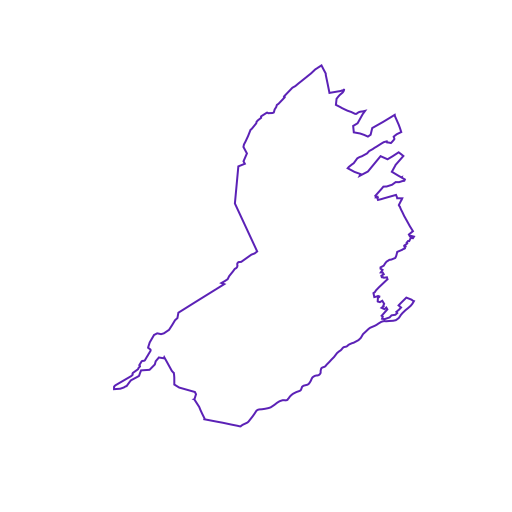 Mētrienas pag., Madona, Latvia, rotated 158°
{"feature_id": "27541924B91196671574766", "entity_name": "Mētrienas pag.", "entity_type": "district", "adm_level": 2, "iso_a3": "LVA", "parent_name": "Latvia", "parent_adm1": "Madona", "projection": "equal_earth", "projection_center": [26.346, 56.675], "detail": "fine", "context": "isolated", "style": "outline", "palette": "violet", "viewbox_px": 512, "rotation_deg": 158, "n_neighbors": 0, "source": "geoboundaries", "source_scale": "gbopen_adm2", "svg_char_len": 6043}
<svg xmlns="http://www.w3.org/2000/svg" viewBox="0 0 512 512"><g transform="rotate(158 256 256)"><path d="M274.6,256.9L276.0,256.2L276.4,255.6L276.8,254.4L276.8,254.0L277.6,252.9L278.8,252.2L280.5,252.0L283.2,250.3L288.4,247.4L291.0,245.1L294.4,244.4L298.2,243.9L296.0,241.8L329.5,236.0L349.2,232.5L352.1,227.9L355.1,226.8L359.6,223.4L364.3,220.1L370.4,218.8L373.3,219.1L376.1,221.0L376.6,221.3L379.8,221.0L380.1,221.0L386.9,215.7L390.3,211.6L390.4,211.3L389.0,209.0L388.9,208.3L389.0,208.1L389.4,207.5L392.9,204.9L393.6,204.3L394.5,203.7L398.0,201.0L398.5,200.8L398.9,200.8L399.5,200.9L400.7,201.3L400.9,201.3L401.6,201.1L405.1,198.5L405.1,198.2L404.8,197.4L404.9,197.1L407.0,196.1L407.7,195.3L407.9,195.2L414.0,193.7L414.3,193.4L414.6,193.1L414.7,192.8L414.8,192.2L415.2,191.9L416.7,191.4L434.7,188.8L435.6,188.5L436.2,188.2L436.6,187.9L437.5,185.7L431.6,183.8L427.8,183.6L425.6,184.0L424.8,183.8L420.3,186.6L418.5,187.6L410.9,188.4L409.3,188.7L407.5,190.8L405.4,193.0L397.5,190.4L397.2,190.4L390.5,193.3L390.4,193.4L388.4,196.0L384.4,198.1L384.1,198.3L379.8,195.7L379.0,196.5L378.3,191.2L377.1,181.1L376.2,178.6L376.0,178.4L376.5,176.4L377.3,173.9L379.9,167.4L379.4,166.8L379.0,166.2L376.5,162.8L363.6,152.8L363.4,150.3L363.5,150.2L366.7,146.3L367.0,146.3L366.9,146.2L365.2,137.3L365.2,134.0L365.0,130.0L364.6,124.8L365.1,124.0L360.3,120.9L354.1,116.9L349.5,114.0L342.1,109.0L336.9,105.6L334.8,104.1L334.1,103.8L333.0,104.2L331.4,104.5L329.7,104.6L327.6,104.7L326.3,104.8L325.1,105.2L319.3,108.5L316.8,110.1L313.5,112.4L312.1,112.7L311.0,112.6L310.4,112.5L308.0,111.7L305.1,111.0L301.9,110.4L300.1,110.2L298.9,110.2L294.6,111.1L291.5,112.0L289.3,112.4L288.0,112.5L286.5,112.4L285.3,112.3L284.2,111.9L282.7,111.1L281.4,110.8L280.6,110.9L280.0,111.4L278.9,111.9L277.4,112.9L276.1,113.5L274.7,114.0L273.2,114.4L269.9,114.7L268.6,114.7L267.2,114.6L265.8,114.6L265.2,114.7L264.4,115.1L262.2,117.5L261.5,117.7L260.4,117.9L256.6,117.4L255.2,117.6L253.6,118.5L251.9,119.8L250.5,121.2L249.3,122.2L248.0,122.6L246.4,122.8L245.6,122.7L244.8,122.6L243.7,122.2L242.5,122.1L241.6,122.3L240.8,122.7L240.2,123.1L239.7,123.8L239.1,125.3L237.9,127.0L237.3,127.5L236.6,127.7L235.1,127.7L234.0,127.6L233.0,127.8L231.2,128.8L227.7,130.3L224.8,131.7L221.5,133.1L217.3,135.6L214.9,136.4L212.9,136.8L211.9,137.2L210.1,138.2L209.3,138.5L208.7,138.6L208.0,138.5L206.4,138.2L205.7,138.2L204.6,138.5L203.8,138.9L202.5,139.1L199.6,139.2L198.0,139.0L192.5,139.6L189.5,140.8L186.0,143.5L184.4,144.1L182.3,144.9L179.0,146.2L177.9,146.5L177.0,146.7L171.9,146.8L170.0,147.0L167.8,147.5L164.6,148.0L162.8,147.9L161.5,147.6L159.7,146.7L156.4,145.7L153.2,144.6L150.4,144.1L148.7,144.5L146.9,145.0L145.4,145.9L143.9,147.0L141.6,148.2L137.6,149.8L134.6,150.7L131.2,151.9L129.0,153.1L127.5,154.2L126.5,155.0L127.1,155.5L128.2,157.3L132.2,161.1L135.3,159.8L140.1,157.8L142.3,156.8L140.8,153.9L143.4,152.7L146.8,151.6L146.4,150.2L148.8,149.3L152.6,150.2L155.1,149.0L160.5,149.3L162.6,150.6L161.2,152.3L161.9,153.5L154.2,157.3L154.5,159.4L156.8,158.6L159.0,160.9L156.4,161.7L156.5,162.4L155.1,163.6L155.7,167.2L158.4,166.8L160.2,168.2L160.2,168.3L158.6,171.6L157.1,171.8L156.8,172.3L157.8,173.2L159.1,173.2L161.7,173.6L161.0,177.6L159.3,178.0L157.6,179.2L153.6,181.0L143.6,184.9L142.8,185.1L142.6,187.2L145.1,187.8L146.0,188.2L146.2,188.4L146.2,188.8L147.3,189.2L147.2,190.7L144.4,191.2L144.7,193.2L146.4,194.0L143.9,195.7L145.3,197.6L144.8,198.8L141.2,199.2L139.0,200.8L137.0,201.9L135.6,202.1L133.7,202.5L132.4,202.1L131.6,202.0L127.7,202.0L127.2,202.3L127.0,202.5L126.7,202.9L126.2,203.3L125.4,204.3L123.5,206.9L118.0,207.0L117.7,207.2L115.6,207.2L115.1,207.3L114.9,208.4L113.7,208.7L113.7,208.8L114.8,209.8L114.7,210.1L111.6,210.8L111.1,211.0L111.3,211.9L109.5,212.9L108.4,212.4L105.7,214.8L105.5,214.7L103.8,213.7L102.3,214.8L104.9,216.7L106.0,216.7L106.2,218.7L101.2,220.2L102.2,226.0L103.0,232.7L103.2,234.1L103.4,235.9L103.6,237.1L103.9,242.2L104.1,244.2L104.2,246.4L104.1,247.6L104.3,248.1L104.5,249.7L100.5,253.2L100.1,253.4L98.8,254.7L103.4,256.6L103.3,256.8L103.3,260.2L116.2,261.6L118.7,261.8L121.9,262.3L121.8,263.6L121.9,264.3L121.1,264.6L121.1,265.4L123.0,265.6L122.5,266.5L122.8,267.1L114.5,271.2L111.9,272.6L108.8,271.5L103.1,271.1L98.8,272.2L95.8,270.9L93.4,270.7L92.7,270.7L90.3,270.2L89.3,271.2L91.7,274.3L91.5,274.5L91.8,274.5L93.6,276.7L98.5,283.2L92.8,287.8L92.6,288.1L81.9,293.5L83.1,295.7L84.9,298.7L92.0,297.3L97.8,296.4L103.1,301.9L120.6,292.4L129.8,291.5L128.4,292.8L133.2,297.1L138.1,303.0L136.6,303.8L132.6,305.0L130.7,305.4L125.5,308.6L123.3,308.9L122.2,308.9L120.7,308.8L114.6,309.5L111.8,310.9L107.7,311.4L105.6,311.9L103.4,312.2L97.5,313.3L94.9,313.7L91.8,313.3L91.9,312.2L90.5,311.5L88.6,310.2L87.6,310.6L84.8,312.0L84.0,312.5L83.7,313.2L83.7,315.0L82.7,315.4L79.8,316.2L74.9,316.5L74.6,320.9L74.5,324.2L74.7,331.1L74.8,333.6L74.5,334.9L88.0,332.7L100.3,331.1L104.3,325.5L107.5,324.8L110.4,327.8L113.6,330.6L119.0,334.0L117.2,340.2L112.1,341.0L107.5,344.7L104.0,347.5L100.5,349.7L101.8,349.9L102.6,350.0L104.7,350.6L105.9,350.8L107.0,350.8L108.2,350.6L109.2,350.3L109.8,350.2L110.7,350.6L111.0,350.8L113.7,353.8L116.8,356.5L119.3,359.2L121.2,361.3L121.8,362.2L125.3,366.2L122.4,371.6L121.5,372.1L119.8,373.1L117.9,374.0L116.3,374.5L114.5,375.1L113.8,375.5L112.6,376.4L112.1,377.2L112.2,377.3L113.3,377.0L114.6,377.3L115.1,377.2L116.8,377.5L118.9,378.0L126.8,379.7L125.1,388.7L123.5,397.6L123.0,399.1L123.5,403.8L123.9,408.2L131.2,406.8L136.5,404.7L151.6,400.2L155.9,398.8L159.2,398.4L170.1,393.5L170.3,393.3L169.9,392.9L169.8,392.6L169.9,392.4L178.3,388.6L179.5,388.4L180.1,388.2L181.5,386.5L183.8,384.9L185.4,382.8L185.8,382.4L187.0,382.4L187.7,382.6L191.1,383.8L192.0,384.8L192.4,384.8L198.8,383.6L199.1,383.4L199.5,382.2L203.7,381.0L204.0,380.8L205.1,380.3L206.1,378.9L206.3,378.8L212.1,375.6L214.0,374.9L214.3,374.5L218.5,370.1L222.8,366.1L225.4,363.9L226.8,361.8L226.0,354.5L232.1,348.5L231.8,345.7L238.8,345.7L255.9,312.6L253.2,259.8L256.3,258.9L259.7,259.0L271.9,256.1L274.6,256.9Z" fill="none" stroke="#5b21b6" stroke-width="2"/></g></svg>